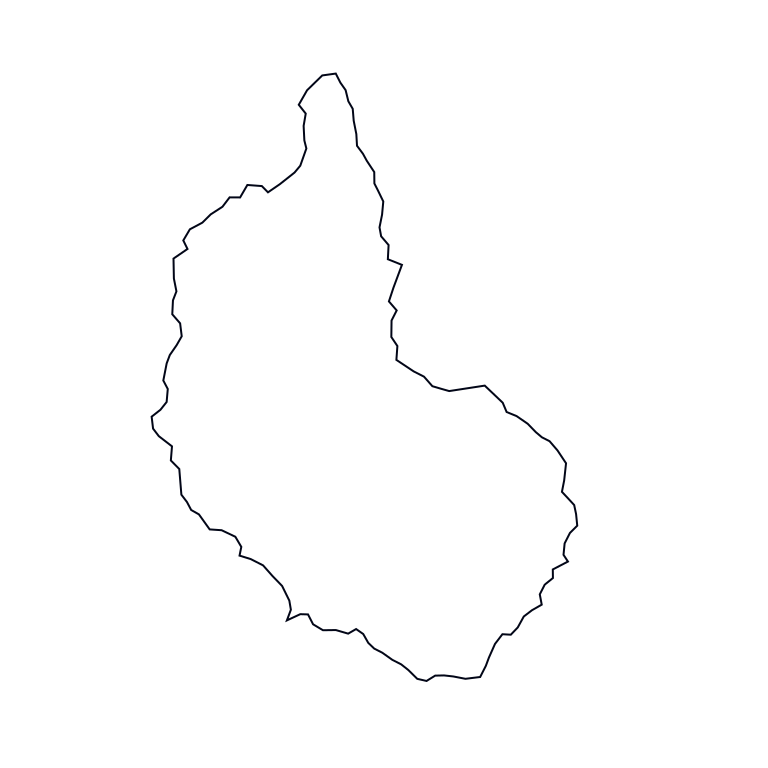 Santa Helena, Paraíba, Brazil, rotated 27°
{"feature_id": "56859067B39303550604854", "entity_name": "Santa Helena", "entity_type": "district", "adm_level": 2, "iso_a3": "BRA", "parent_name": "Brazil", "parent_adm1": "Paraíba", "projection": "robinson", "projection_center": [-38.585, -6.713], "detail": "fine", "context": "isolated", "style": "outline", "palette": "ink", "viewbox_px": 768, "rotation_deg": 27, "n_neighbors": 0, "source": "geoboundaries", "source_scale": "gbopen_adm2", "svg_char_len": 1893}
<svg xmlns="http://www.w3.org/2000/svg" viewBox="0 0 768 768"><g transform="rotate(27 384 384)"><path d="M191.8,518.6L198.5,528.6L207.0,532.7L223.4,535.8L228.8,548.9L240.2,552.7L253.7,574.6L262.0,578.6L269.4,583.8L278.3,584.2L294.7,592.7L305.7,588.0L320.9,587.6L330.8,593.9L333.2,602.5L344.7,600.5L358.6,600.5L371.8,605.7L384.9,610.2L398.0,620.0L403.5,627.4L404.8,638.7L413.9,627.1L420.9,623.8L429.9,630.3L441.4,631.1L452.8,625.1L465.4,622.7L470.4,615.0L479.0,616.2L487.5,621.8L495.4,624.2L504.4,624.2L516.7,626.0L526.6,626.0L535.5,627.8L547.5,631.6L556.7,629.3L562.0,620.6L569.8,616.4L578.6,613.1L590.4,609.7L602.7,601.4L602.7,588.9L601.7,580.2L600.9,565.2L603.1,553.2L610.8,549.8L613.7,540.2L614.1,527.7L618.6,518.3L624.7,509.0L618.3,500.7L618.3,489.8L622.6,480.2L618.6,472.6L628.5,458.7L621.5,454.7L617.3,444.0L617.3,432.3L620.5,422.5L614.2,412.7L608.4,405.5L600.6,402.6L591.5,399.3L588.3,388.1L582.2,372.0L568.7,364.4L557.5,359.8L548.9,359.8L541.2,358.0L530.1,354.2L516.7,352.4L506.0,353.3L498.3,346.8L474.5,339.7L445.3,360.7L437.7,362.2L428.1,364.0L416.3,359.3L404.8,359.3L384.1,356.9L378.7,344.1L369.2,338.8L361.9,324.0L361.9,312.7L350.9,308.2L348.7,293.9L345.9,269.7L330.8,271.1L325.0,258.1L314.4,253.7L308.9,246.5L305.4,234.0L300.5,221.7L290.6,214.2L284.4,209.7L279.1,199.6L267.3,192.9L260.7,188.4L251.8,184.0L245.9,173.9L237.5,163.2L231.2,153.0L223.9,148.3L216.4,139.6L208.3,135.3L200.1,129.3L188.9,137.1L182.1,157.2L181.3,173.9L191.5,178.6L195.2,190.5L202.5,203.2L207.9,209.4L210.3,227.5L208.3,236.2L200.4,253.4L193.6,265.9L185.3,263.1L171.9,268.7L171.1,283.1L161.7,287.8L159.6,299.4L152.6,311.5L148.9,322.7L140.8,334.3L140.0,347.2L147.6,352.9L139.5,367.8L148.9,385.4L157.0,395.7L158.0,405.3L163.7,418.0L174.8,422.5L182.1,433.3L181.6,443.5L180.0,455.4L181.0,464.3L185.8,481.1L193.6,486.6L198.5,498.7L196.5,508.5L191.8,518.6Z" fill="none" stroke="#020617" stroke-width="2"/></g></svg>